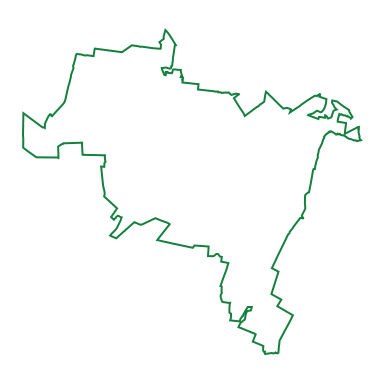 Casimcea, Constanta, Romania (Albers equal-area conic projection)
{"feature_id": "2599482B44303856629516", "entity_name": "Casimcea", "entity_type": "district", "adm_level": 2, "iso_a3": "ROU", "parent_name": "Romania", "parent_adm1": "Constanta", "projection": "albers", "projection_center": [28.387, 44.73], "detail": "fine", "context": "isolated", "style": "outline", "palette": "green", "viewbox_px": 384, "rotation_deg": 0, "n_neighbors": 0, "source": "geoboundaries", "source_scale": "gbopen_adm2", "svg_char_len": 5909}
<svg xmlns="http://www.w3.org/2000/svg" viewBox="0 0 384 384"><path d="M157.3,240.1L171.6,243.3L192.8,247.8L194.5,245.5L208.6,246.5L208.0,256.1L213.1,256.2L214.5,255.6L215.7,254.4L216.4,254.0L217.8,254.0L218.3,254.3L219.9,256.5L221.8,256.9L221.2,261.6L228.3,263.0L226.4,269.8L222.8,279.3L220.5,286.0L221.2,286.1L221.7,286.5L221.8,286.7L221.6,287.9L221.6,291.3L221.7,292.3L221.9,292.7L220.7,295.2L220.6,296.4L220.9,298.2L222.3,301.8L223.2,302.1L229.2,302.9L230.1,302.8L229.6,305.1L229.4,309.8L229.4,312.5L229.7,313.0L231.0,313.6L231.1,317.2L230.2,320.4L239.7,321.4L240.3,319.3L240.6,318.7L242.6,315.8L243.1,315.7L243.1,315.2L245.3,310.9L247.8,307.0L251.8,307.0L250.9,310.4L247.6,311.0L246.3,312.4L245.4,315.8L245.3,317.4L244.9,319.1L244.6,319.8L243.8,320.2L240.6,322.9L239.8,324.2L238.5,327.2L241.0,328.1L255.6,334.1L255.7,334.3L252.8,341.6L263.4,346.0L263.1,348.1L263.1,350.1L263.5,351.3L263.9,351.8L265.0,351.7L264.8,353.1L264.9,353.8L265.7,353.9L271.7,353.0L273.2,353.4L275.1,353.1L275.5,352.5L276.7,353.2L277.7,353.3L278.4,352.8L278.9,346.5L279.3,343.9L279.5,340.9L279.6,340.5L290.0,321.2L292.9,315.3L277.3,306.2L281.3,299.6L271.4,294.1L278.5,271.7L272.3,268.4L271.9,268.2L272.0,268.0L276.0,259.6L276.6,258.1L288.2,234.3L289.3,233.4L289.6,232.9L289.6,232.0L291.0,230.2L292.6,228.4L292.9,227.6L293.7,226.5L300.1,218.1L300.3,218.0L301.4,218.0L303.0,218.4L303.2,218.2L303.2,217.8L302.6,217.2L301.8,215.9L302.1,214.9L305.1,209.1L305.3,208.2L305.1,204.9L304.9,204.0L304.9,201.9L305.1,200.8L304.9,198.5L305.2,195.2L305.9,194.2L308.2,192.5L309.0,192.3L310.7,183.8L313.1,170.0L313.6,169.0L314.9,169.1L315.3,165.7L315.7,164.5L316.2,161.9L317.3,158.7L317.8,157.8L317.9,156.9L317.7,155.4L318.6,151.8L318.8,149.8L320.1,147.4L322.0,143.4L323.1,139.7L323.6,138.7L324.2,138.0L324.3,137.3L324.1,136.7L324.4,136.3L325.4,135.1L325.7,134.5L326.3,134.3L326.6,133.8L327.0,133.7L327.9,133.1L328.1,132.7L328.6,132.6L329.0,131.7L329.6,131.5L329.8,132.1L330.0,132.1L330.4,131.9L330.6,131.5L331.1,131.3L334.7,133.3L336.1,134.6L336.3,134.6L337.0,134.0L337.4,134.2L337.6,133.8L338.0,134.1L338.6,133.9L338.8,134.2L339.7,133.9L339.9,134.4L340.3,134.4L340.4,134.7L340.8,135.0L343.6,135.5L344.9,136.0L345.2,136.5L345.8,136.6L346.3,137.1L346.7,137.2L347.3,137.9L348.6,138.5L348.8,138.7L351.5,139.3L354.1,140.5L355.0,140.2L355.7,140.4L356.3,140.9L356.9,140.7L357.2,141.0L357.4,140.8L358.1,140.9L358.9,140.6L360.7,140.3L361.0,140.2L360.8,140.0L360.2,139.8L359.3,137.4L359.6,136.4L358.6,132.8L358.7,131.9L358.4,130.0L358.6,129.4L358.8,129.4L358.8,129.1L358.6,129.0L358.8,128.8L358.9,126.9L358.1,127.0L344.7,133.9L346.0,123.8L346.0,123.0L337.7,121.7L337.7,120.5L338.0,119.5L338.1,118.3L339.4,114.0L340.8,114.8L341.2,114.7L341.5,114.3L343.8,115.5L344.5,115.3L345.5,115.5L346.5,116.3L347.1,116.4L347.6,116.0L347.9,116.7L348.8,116.9L350.0,117.6L350.7,118.1L350.9,118.6L351.3,118.3L352.5,117.0L349.3,111.7L349.0,110.0L343.0,106.1L337.1,101.5L332.3,100.5L332.0,102.0L332.2,103.1L333.4,104.8L334.4,107.0L336.1,109.0L336.7,109.5L334.8,110.1L333.6,110.8L333.4,111.1L332.1,114.8L331.7,116.6L331.3,117.1L330.9,117.5L328.3,118.5L327.9,118.5L327.6,118.2L327.1,116.9L326.4,116.0L325.2,115.3L324.9,117.8L320.7,117.0L319.0,116.9L318.4,119.0L308.1,115.2L308.4,114.7L309.0,114.7L313.1,113.4L317.0,110.7L320.6,112.2L321.3,112.1L322.1,111.5L323.7,109.5L324.8,107.3L325.6,104.8L326.1,102.7L326.2,101.0L326.4,99.1L321.0,97.3L320.2,96.4L319.9,96.8L319.3,96.6L320.1,94.3L319.9,94.2L319.7,94.8L318.7,94.7L317.0,95.8L316.9,96.1L315.2,95.7L314.2,96.1L308.4,99.8L301.4,104.6L299.9,105.9L289.9,112.5L291.0,109.4L287.4,107.9L284.1,108.4L283.4,108.7L283.0,108.5L282.6,107.9L280.1,105.6L271.1,96.6L269.5,95.2L268.0,93.5L266.0,91.7L265.3,94.6L264.2,101.7L261.7,103.5L260.0,104.6L258.1,106.6L257.6,106.5L256.6,107.2L244.8,116.0L244.3,114.8L242.9,112.2L240.3,108.5L233.9,98.2L237.2,95.5L239.5,94.0L238.1,94.1L236.1,93.6L234.6,94.1L233.8,94.1L231.6,95.0L230.1,94.0L229.7,93.3L228.9,92.9L228.7,92.5L228.1,92.4L227.4,92.7L225.6,92.5L223.3,92.8L223.1,92.6L222.4,92.9L221.7,93.0L220.8,92.3L218.7,92.4L218.3,92.3L218.3,91.7L218.0,91.5L215.1,91.6L214.4,91.3L198.0,89.5L198.5,84.2L182.4,82.5L182.7,81.0L182.6,80.3L182.2,80.1L182.2,79.8L182.8,79.8L183.0,77.5L181.0,77.2L182.0,76.0L182.0,75.8L181.3,75.7L181.7,74.9L180.8,71.3L180.8,69.9L178.2,69.9L175.0,69.4L173.2,69.5L172.8,69.9L172.3,72.4L171.9,73.2L167.8,72.9L167.7,72.8L167.7,72.1L167.6,71.9L165.7,72.0L165.6,73.3L165.8,73.7L165.9,74.6L165.7,75.2L164.3,74.9L162.2,69.8L161.8,68.0L162.9,68.2L163.8,67.8L165.8,67.5L169.9,68.7L171.1,67.9L171.2,66.5L171.6,66.6L172.0,65.9L172.3,64.5L172.5,61.9L172.8,61.3L172.9,58.3L174.9,45.1L175.8,45.1L170.0,35.7L167.6,32.4L165.4,30.1L163.6,36.7L163.8,38.8L159.4,42.1L161.0,44.6L160.7,48.5L160.5,48.8L152.8,48.2L141.5,46.6L140.6,46.9L139.5,46.5L131.9,45.3L122.0,52.2L94.8,48.6L94.5,49.9L93.6,56.1L86.6,55.2L85.2,55.6L81.3,54.5L76.6,54.0L75.9,55.4L75.1,59.5L73.9,63.5L73.9,63.9L73.0,66.0L73.4,67.4L73.5,68.2L71.0,75.0L70.9,76.9L69.2,83.7L68.4,86.1L65.3,99.8L64.6,101.9L63.7,103.3L61.4,106.0L59.6,107.8L51.9,116.3L51.5,116.0L51.0,114.6L50.1,114.2L48.7,115.9L47.9,117.3L45.0,123.6L44.8,128.0L44.5,127.8L44.6,127.2L43.8,127.2L42.8,127.5L42.4,127.3L23.4,113.2L23.0,135.0L23.3,138.8L23.2,147.7L28.7,151.9L36.3,157.2L36.4,157.3L56.3,157.5L57.8,157.6L58.4,157.9L58.4,153.2L58.1,146.8L59.0,145.9L63.3,143.4L63.5,143.6L63.8,143.3L82.1,142.7L82.0,144.3L82.6,154.8L105.0,155.3L104.8,156.4L105.1,160.1L105.5,161.9L104.8,162.4L104.4,163.2L104.3,166.8L101.1,166.5L103.1,185.7L104.4,191.2L104.7,193.7L104.7,194.3L104.1,196.4L117.1,208.4L111.1,217.1L113.9,219.7L114.3,218.8L115.5,218.3L116.3,216.8L117.8,215.8L118.7,216.0L121.0,217.3L121.6,217.4L121.0,219.3L120.2,221.3L116.6,228.5L114.2,231.2L112.1,233.2L110.1,235.6L116.2,238.3L134.3,222.2L140.6,224.8L141.1,224.7L142.9,224.1L155.4,218.2L161.0,220.5L167.2,222.7L169.5,223.9L169.7,224.2L158.4,238.5L157.3,240.1Z" fill="none" stroke="#15803d" stroke-width="2"/></svg>